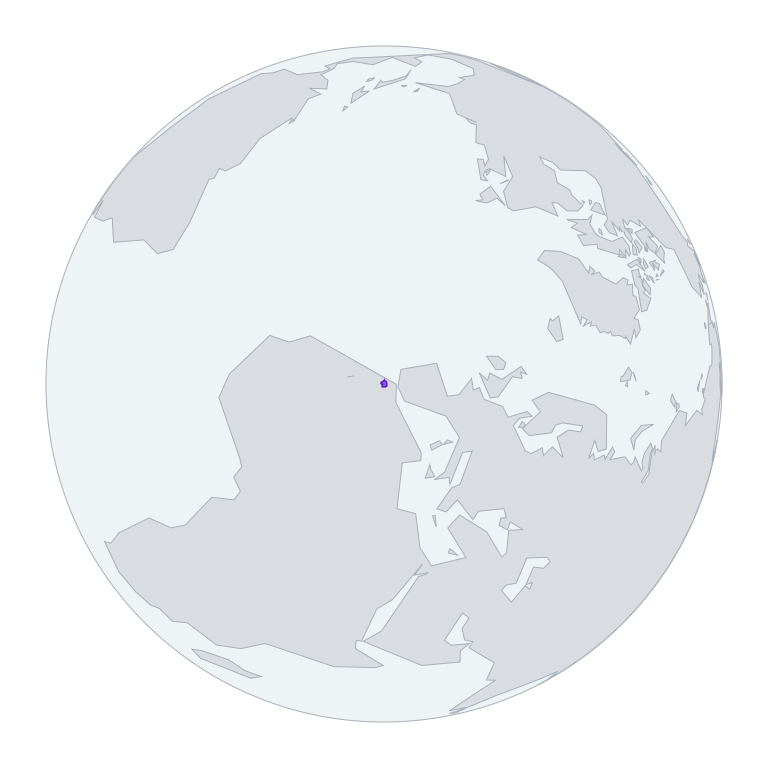 the Earth from above Rabat - Salé - Zemmour - Zaer, rotated 82°
{"feature_id": "MAR-1451", "entity_name": "Rabat - Salé - Zemmour - Zaer", "entity_type": "Region", "adm_level": 1, "iso_a3": "MAR", "parent_name": "Morocco", "parent_adm1": "", "projection": "orthographic", "projection_center": [-6.34, 33.685], "detail": "fine", "context": "on_globe", "style": "filled", "palette": "violet", "viewbox_px": 768, "rotation_deg": 82, "n_neighbors": 0, "source": "natural_earth", "source_scale": "10m", "svg_char_len": 10711}
<svg xmlns="http://www.w3.org/2000/svg" viewBox="0 0 768 768"><g transform="rotate(82 384 384)"><circle cx="384" cy="384" r="338" fill="#eef3f6" stroke="#a8b0b8"/><path d="M124.9,601.0L98.6,556.9L91.4,543.2L77.4,518.1L59.6,462.6L60.5,450.4L58.3,439.0L65.6,426.7L66.3,401.1L64.4,393.8L60.9,398.2L56.9,369.7L59.1,347.4L65.7,273.6L70.4,260.1L76.9,246.1L111.5,185.5L81.4,234.3L88.7,219.9L100.7,200.0L101.5,199.2L119.5,174.5L130.5,160.9L156.6,134.9L185.7,115.1L177.7,121.6L185.6,116.9L196.2,108.9L201.2,104.9L242.9,84.6L280.0,67.7L285.6,63.5L289.2,64.3L295.5,58.3L311.7,53.9L297.2,58.4L298.6,58.8L311.5,55.0L315.7,54.8L324.4,53.1L328.3,53.4L319.5,57.0L321.9,57.6L330.9,55.0L340.4,54.4L326.9,57.9L342.2,57.5L330.4,65.6L291.0,78.2L288.1,86.0L257.1,108.8L263.6,108.1L256.0,117.6L260.6,120.7L253.6,124.9L263.4,123.8L268.9,119.5L275.1,117.8L278.3,119.5L269.9,124.8L267.0,124.7L266.2,127.3L260.6,129.4L265.3,129.3L254.7,136.1L269.8,132.1L265.3,139.9L257.0,143.8L251.9,139.7L219.8,141.7L209.8,145.9L200.8,155.1L196.7,179.3L188.1,186.1L180.9,198.0L188.3,195.4L196.6,185.4L208.7,184.4L217.4,173.2L223.5,171.5L234.9,162.2L239.6,167.9L238.0,178.7L228.8,187.0L227.8,192.4L241.8,188.5L229.7,208.9L230.5,231.6L226.7,236.9L209.8,238.8L196.7,227.7L174.8,233.6L195.4,234.6L185.5,249.4L186.6,254.2L190.9,256.6L197.2,253.1L195.1,259.6L174.0,260.2L175.5,254.3L182.2,253.9L175.9,249.2L161.6,251.3L157.7,259.4L140.3,256.5L137.2,262.6L131.8,266.0L137.7,256.2L126.7,274.2L105.5,278.7L90.0,310.9L98.3,279.2L96.9,269.6L93.8,261.8L91.1,266.7L90.8,251.7L84.0,251.7L71.8,272.0L64.2,294.6L65.4,308.3L70.3,301.7L73.8,308.9L61.7,330.3L66.3,350.4L60.3,369.8L60.3,385.2L65.0,390.4L69.1,403.6L75.3,397.2L83.9,399.6L80.7,416.8L88.1,406.2L91.1,419.4L110.2,435.9L107.9,438.5L123.5,472.5L145.8,495.6L150.9,511.1L147.7,516.9L156.7,523.8L156.9,528.8L197.0,553.9L221.5,574.1L223.3,590.2L207.9,601.8L206.0,632.1L181.6,630.0L183.5,640.1L178.5,647.4L162.7,636.4L175.6,648.3L173.7,648.1L165.8,642.0L168.5,644.3L145.7,623.6L124.9,601.0ZM84.8,320.4L90.5,352.8L82.7,344.7L85.0,343.9L84.5,333.2L82.1,319.2L76.6,313.4L84.8,320.4ZM97.4,311.4L96.1,307.2L98.0,310.1L97.4,311.4ZM202.8,103.3L196.0,108.9L184.8,116.7L190.0,111.9L202.8,103.3ZM224.6,90.6L222.6,92.5L213.9,96.2L217.8,93.9L224.6,90.6ZM288.6,61.2L282.2,63.5L286.9,61.5L288.6,61.2ZM324.9,52.9L325.4,52.5L329.7,51.9L324.9,52.9ZM231.6,159.9L233.1,161.1L230.2,162.1L231.6,159.9ZM235.0,155.0L230.4,155.5L231.3,153.2L234.1,153.0L235.0,155.0ZM339.6,52.0L346.3,51.6L338.0,52.6L339.6,52.0ZM240.4,155.1L233.6,149.3L235.3,145.5L247.5,141.6L240.4,155.1ZM349.3,51.8L365.8,51.7L368.2,50.4L370.6,54.7L355.8,52.9L345.1,54.0L350.5,52.6L349.3,51.8ZM269.3,117.4L263.5,122.1L265.3,116.8L269.3,117.4ZM268.9,114.6L265.7,102.3L275.9,96.8L274.9,101.7L285.6,94.0L292.2,97.3L287.8,102.3L279.9,105.0L288.4,104.3L268.9,114.6ZM369.3,57.5L372.0,58.3L367.5,58.2L369.3,57.5ZM277.7,116.7L276.1,114.5L284.8,109.4L289.5,113.1L285.2,113.5L277.7,116.7ZM285.3,90.7L292.6,88.0L299.8,89.7L303.7,89.0L293.2,96.9L285.3,90.7ZM284.9,115.5L291.7,115.2L290.5,119.2L279.8,118.6L284.9,115.5ZM285.1,106.7L289.4,104.6L288.5,106.9L285.1,106.7ZM290.3,134.4L288.2,131.2L292.6,128.2L290.3,134.4ZM294.3,114.8L294.7,113.5L296.1,112.1L300.3,112.8L294.3,114.8ZM299.1,97.9L300.6,99.4L303.7,94.7L309.3,96.3L301.3,101.4L307.1,99.9L308.9,100.4L300.4,104.2L299.1,97.9ZM308.9,109.6L300.7,117.4L303.5,123.6L299.7,126.3L295.8,116.0L308.9,109.6ZM304.6,106.0L306.4,108.7L300.8,110.4L296.1,109.6L304.6,106.0ZM316.0,95.7L309.5,91.9L311.4,91.0L316.0,95.7ZM310.9,110.9L312.8,109.1L311.7,111.2L310.9,110.9ZM315.7,99.9L313.1,98.5L315.4,97.5L315.7,99.9ZM318.8,106.7L316.2,109.1L312.9,108.4L318.8,106.7ZM318.3,103.3L322.1,102.2L313.3,106.8L316.7,102.8L318.3,103.3ZM318.3,99.1L318.8,98.0L319.0,99.8L318.3,99.1ZM332.8,108.0L322.5,114.0L315.3,112.4L326.2,106.7L332.8,108.0ZM442.1,51.1L440.4,51.0L408.9,49.2L422.9,49.6L423.6,50.4L431.1,51.3L440.6,52.1L439.3,51.5L474.7,60.6L505.6,69.8L493.9,64.8L494.5,64.7L497.1,65.6L520.3,74.8L542.8,85.7L564.4,98.2L585.0,112.3L604.5,127.9L622.8,144.9L639.8,163.2L655.4,182.6L669.5,203.2L682.1,224.8L693.0,247.2L702.3,270.4L703.3,273.4L699.4,263.2L692.7,251.9L697.9,270.9L708.4,317.5L715.7,345.7L716.8,364.8L703.8,338.2L692.9,315.0L691.4,323.8L675.4,313.6L657.0,336.6L651.5,331.9L648.7,339.8L637.0,340.7L627.5,332.3L621.8,338.2L646.1,359.9L652.0,353.7L653.0,336.0L659.0,345.6L669.9,347.4L668.0,385.8L635.9,440.5L628.1,420.6L579.5,376.6L578.4,368.9L578.0,368.2L577.1,366.9L577.5,380.2L567.5,370.8L598.5,405.3L605.7,422.4L635.6,442.2L633.9,447.1L642.1,449.1L662.6,424.0L663.7,431.4L656.9,473.0L624.4,537.8L626.1,562.5L619.2,586.1L593.1,612.0L589.6,626.4L575.2,637.4L570.4,645.9L555.6,658.5L533.1,672.7L501.0,682.7L503.6,676.7L494.5,667.2L483.9,635.4L496.9,614.9L496.0,600.5L472.2,570.3L477.8,548.7L470.2,541.1L455.4,545.8L446.2,536.4L436.7,537.3L374.4,549.4L352.6,535.7L320.0,490.3L329.3,472.1L326.1,450.1L386.0,371.8L404.1,374.8L457.4,356.7L465.0,358.2L464.6,376.9L509.3,388.5L516.8,370.7L551.4,371.1L570.7,362.2L567.2,327.0L535.5,340.8L524.2,327.3L544.9,302.7L571.7,291.6L568.1,286.1L546.3,280.8L547.5,266.7L538.2,278.1L545.6,282.0L540.0,289.7L532.8,286.7L533.5,281.6L524.1,282.5L523.2,308.2L530.7,314.9L508.9,327.4L519.3,340.2L515.1,349.2L496.0,331.2L494.1,322.7L462.7,306.0L462.7,315.7L492.4,332.6L485.4,332.7L485.7,347.5L479.9,336.3L447.5,316.7L424.5,327.0L403.8,366.0L388.6,370.6L371.9,365.1L370.8,329.0L405.0,322.9L405.0,311.3L390.8,296.5L402.4,296.4L400.8,290.0L412.9,287.3L422.9,269.6L434.2,265.8L431.1,246.2L436.5,242.0L436.8,254.5L443.0,261.7L470.2,253.3L473.4,247.9L469.2,236.3L477.2,236.0L469.7,225.9L481.9,216.7L460.7,219.9L455.3,207.8L458.8,196.0L453.2,193.0L447.4,212.3L448.5,219.7L455.6,224.9L455.3,247.4L447.4,253.2L433.3,233.0L420.6,239.6L415.2,222.2L434.2,178.4L445.7,167.7L479.4,172.9L480.7,181.3L469.3,183.2L486.2,191.7L481.8,186.0L488.5,186.2L484.9,175.8L489.4,175.6L478.3,166.5L483.5,165.0L490.4,170.8L489.6,155.5L498.5,150.7L496.1,147.5L491.1,145.4L505.7,141.4L503.3,139.3L497.6,139.6L489.1,135.9L479.8,128.0L485.3,127.0L489.5,129.7L506.5,134.5L516.6,142.6L517.9,141.5L510.5,134.4L489.7,128.4L482.5,124.0L492.3,125.6L488.2,124.6L486.3,122.2L489.7,119.2L479.0,117.1L451.4,95.2L455.2,88.1L467.0,91.3L453.6,77.9L458.9,72.9L453.7,73.0L443.7,67.9L441.8,69.3L438.6,69.1L412.0,58.9L410.1,56.5L392.7,54.1L390.0,54.4L390.4,55.9L370.6,54.7L368.2,50.4L374.5,49.8L368.8,48.3L383.9,47.5L393.8,46.9L413.8,48.2L419.9,48.3L416.9,47.8L420.9,48.1L442.1,51.1ZM371.9,412.4L371.9,419.3L371.9,412.4ZM604.8,296.5L617.7,288.1L603.6,272.4L607.4,268.2L601.2,264.8L602.5,271.4L586.1,261.4L588.7,251.5L582.9,244.1L578.3,246.7L576.2,266.8L599.6,280.8L600.2,291.1L604.8,296.5ZM110.9,436.2L112.8,441.5L109.5,439.0L110.9,436.2ZM79.4,350.3L81.6,354.4L82.1,359.1L79.9,357.0L79.4,350.3ZM104.4,381.5L108.2,387.1L103.3,384.2L104.4,381.5ZM91.9,357.5L101.3,377.7L91.9,374.3L86.4,361.8L91.5,366.2L91.9,357.5ZM91.6,319.5L92.5,323.1L90.7,325.6L91.6,319.5ZM98.9,313.6L98.1,313.0L98.7,309.3L98.9,313.6ZM186.8,249.3L188.4,249.5L191.7,253.1L188.1,253.7L186.8,249.3ZM219.1,257.3L215.1,267.7L215.4,260.3L209.5,262.7L202.9,250.9L224.4,239.0L215.8,246.2L219.1,257.3ZM200.0,232.9L201.8,241.0L198.9,232.7L200.0,232.9ZM379.8,260.4L386.3,263.6L385.1,271.4L370.7,278.6L372.4,267.1L379.8,260.4ZM395.8,266.6L385.7,245.8L394.2,241.3L391.2,247.2L397.8,246.3L394.6,255.7L412.5,272.6L412.6,280.7L386.1,288.2L394.8,280.9L387.9,277.8L395.8,266.6ZM345.1,208.5L340.9,201.5L364.8,200.3L366.0,207.1L351.8,214.1L342.1,210.3L345.1,208.5ZM263.1,150.2L259.9,149.2L262.3,147.4L266.9,147.0L263.1,150.2ZM289.0,133.1L279.4,153.8L275.3,153.4L274.6,167.1L263.4,171.6L264.3,162.4L255.2,176.7L251.5,170.2L246.5,180.2L249.5,159.2L245.8,154.6L254.2,157.9L264.5,153.7L267.8,150.5L274.6,138.5L271.7,127.5L281.5,122.3L289.2,121.7L291.3,123.5L284.3,126.1L292.3,126.8L283.8,132.0L289.0,133.1ZM373.3,128.1L364.2,128.4L378.8,134.3L370.3,138.0L372.6,138.5L368.8,143.8L368.0,151.3L363.3,152.2L365.1,154.8L362.6,158.7L363.4,162.7L355.3,166.1L355.6,171.4L351.5,170.0L354.3,178.5L348.6,173.8L344.9,179.0L352.3,180.8L306.6,193.2L291.8,203.3L282.5,214.8L274.1,206.3L277.3,190.7L287.2,173.8L302.7,165.7L296.0,163.8L301.5,159.6L304.4,162.9L303.1,155.4L308.4,153.0L317.2,140.5L312.0,132.2L315.1,127.8L319.8,129.8L319.6,124.1L330.5,125.2L332.9,122.2L346.1,120.8L353.7,127.2L355.9,123.4L366.0,122.7L373.3,128.1ZM336.5,107.8L347.5,113.6L348.3,118.8L325.0,119.2L321.2,121.8L306.3,123.1L305.5,115.8L309.8,116.0L313.9,114.6L312.5,117.4L316.6,114.1L322.7,114.4L327.6,112.1L329.8,114.5L336.5,107.8ZM470.2,349.9L475.4,349.4L482.8,346.6L483.1,356.3L470.2,349.9ZM447.9,336.8L452.1,334.6L456.2,346.0L450.8,346.9L447.9,336.8ZM451.0,324.1L452.1,333.6L448.2,329.0L451.0,324.1ZM440.3,252.2L444.4,249.6L446.2,252.0L445.6,256.7L440.3,252.2ZM414.7,149.5L409.4,148.1L409.7,146.4L401.5,139.6L407.1,136.8L414.3,139.8L414.7,149.5ZM563.8,335.1L560.3,343.8L556.5,342.1L558.4,339.4L563.8,335.1ZM521.4,351.6L532.7,352.2L521.3,354.3L521.4,351.6ZM419.4,145.2L415.4,142.7L420.7,142.9L419.4,145.2ZM410.8,134.4L416.4,134.0L406.8,135.7L410.8,134.4ZM656.9,556.8L630.1,603.8L619.9,611.1L622.5,602.2L635.4,576.3L648.7,561.3L656.5,546.4L656.9,556.8ZM716.3,347.3L719.6,358.8L719.5,365.5L716.3,347.3ZM461.5,122.8L466.7,134.9L474.2,142.9L484.2,145.8L472.3,147.4L460.8,135.0L461.5,122.8ZM452.0,98.4L443.3,96.7L445.4,94.7L447.8,94.8L452.0,98.4ZM447.9,99.3L440.2,102.7L434.2,100.0L441.5,97.8L447.9,99.3ZM430.2,122.6L431.4,126.2L427.1,125.8L430.2,122.6ZM494.4,64.6L490.9,63.5L485.4,61.9L487.8,62.4L494.4,64.6ZM374.3,57.5L372.2,58.3L371.7,57.2L374.3,57.5ZM437.8,70.0L433.2,69.5L432.9,67.9L437.8,70.0ZM420.4,67.6L424.0,69.7L417.9,67.9L420.4,67.6ZM432.4,74.5L424.3,70.7L435.4,73.8L432.4,74.5Z" fill="#d9dde1" stroke="#a8b0b8" stroke-width="1"/><path d="M380.2,383.1L380.3,383.1L380.4,382.9L380.6,382.9L381.1,382.5L381.6,381.9L382.1,381.2L382.3,381.2L382.6,381.3L382.8,381.4L383.1,381.4L383.3,381.3L383.5,381.2L383.9,381.1L384.1,381.2L384.3,381.2L384.7,381.2L385.0,381.3L385.3,381.5L385.6,381.5L385.8,381.5L386.1,381.5L386.4,381.5L386.5,381.6L386.6,381.8L386.6,382.0L386.8,382.2L386.8,382.4L386.7,382.8L386.8,382.9L386.8,383.0L387.0,383.2L387.0,383.4L386.9,383.8L386.8,384.0L386.7,384.4L386.7,384.5L386.7,384.9L386.6,385.1L386.6,385.4L386.6,385.5L386.6,385.8L386.7,386.0L385.9,386.1L385.7,386.2L385.3,386.1L385.2,386.0L384.9,386.0L384.7,385.9L384.6,385.7L384.5,385.4L384.2,385.3L384.1,385.2L383.9,385.3L383.9,385.5L383.7,385.8L383.7,386.1L383.7,386.5L383.2,386.9L382.9,386.9L382.7,386.8L382.1,386.6L381.8,386.5L381.7,386.4L381.6,386.1L381.7,385.6L381.7,385.4L381.7,385.1L381.8,385.0L381.8,384.9L381.6,384.7L381.0,384.5L380.9,384.4L380.7,384.0L380.7,383.8L380.6,383.6L380.5,383.4L380.4,383.3L380.2,383.1L380.2,383.1Z" fill="#8b5cf6" stroke="#5b21b6" stroke-width="1.5"/></g></svg>